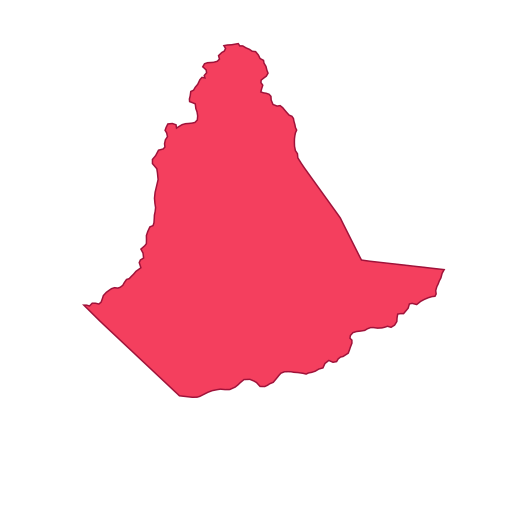 Hidrolândia, Ceará, Brazil, rotated 220°
{"feature_id": "56859067B78038881550930", "entity_name": "Hidrolândia", "entity_type": "district", "adm_level": 2, "iso_a3": "BRA", "parent_name": "Brazil", "parent_adm1": "Ceará", "projection": "mercator", "projection_center": [-40.387, -4.435], "detail": "fine", "context": "isolated", "style": "filled", "palette": "rose", "viewbox_px": 512, "rotation_deg": 220, "n_neighbors": 0, "source": "geoboundaries", "source_scale": "gbopen_adm2", "svg_char_len": 3137}
<svg xmlns="http://www.w3.org/2000/svg" viewBox="0 0 512 512"><g transform="rotate(220 256 256)"><path d="M400.5,290.5L400.1,286.8L398.2,283.2L395.8,280.9L395.9,278.3L398.7,274.4L397.4,268.4L397.4,263.4L394.7,260.2L388.1,259.1L385.0,256.4L380.1,251.6L374.2,239.9L370.9,235.0L367.3,231.4L364.0,228.5L361.8,225.2L360.1,222.0L358.1,219.4L355.6,216.0L354.4,213.1L356.0,210.1L354.7,205.3L353.1,201.2L350.4,198.1L347.9,195.0L347.8,192.3L348.6,187.3L344.4,185.6L340.8,182.2L342.0,178.6L341.2,175.9L338.8,174.4L336.6,173.0L337.3,170.2L338.1,167.1L338.1,163.3L338.4,160.3L338.6,157.1L340.1,154.8L339.8,151.1L339.2,147.9L339.9,144.8L341.2,142.6L344.0,140.8L345.7,138.1L346.4,135.6L347.3,132.0L347.5,127.6L346.2,124.4L345.0,121.1L345.5,118.2L348.5,116.7L351.1,114.6L351.4,110.7L354.3,109.4L356.3,107.7L333.5,105.8L224.8,99.7L213.9,106.9L210.3,110.1L208.8,112.4L205.3,120.6L203.0,124.7L199.8,128.7L197.7,131.1L193.8,133.8L190.3,136.8L189.0,139.5L187.7,142.2L187.0,145.7L186.7,148.6L185.8,153.6L181.4,157.6L177.2,158.9L174.3,159.4L169.0,158.7L165.4,161.6L164.1,164.4L163.4,166.9L161.6,170.3L161.6,175.0L161.7,179.1L161.6,182.2L159.8,185.6L157.0,188.1L154.7,189.9L152.2,191.3L148.9,193.7L144.7,196.3L141.7,197.8L140.6,200.2L138.6,202.6L136.6,205.8L135.2,209.8L132.8,213.3L134.1,218.0L133.1,222.8L128.7,224.1L126.4,226.9L126.9,230.0L126.3,232.9L124.7,235.0L123.9,237.6L122.9,240.8L123.9,243.8L125.1,246.8L126.5,250.9L128.5,253.2L131.2,253.4L132.6,255.8L132.5,259.6L130.5,262.7L127.4,266.0L124.9,268.9L123.9,271.8L122.3,274.7L120.0,276.7L116.5,278.9L113.3,281.9L111.6,284.2L110.1,286.7L106.7,288.2L105.4,292.1L106.0,296.3L108.2,299.3L110.1,302.6L108.4,304.6L105.9,306.7L105.9,309.7L105.9,313.8L107.7,317.9L105.9,320.1L101.7,322.1L100.7,327.1L99.2,330.9L97.2,334.8L95.1,338.0L93.0,340.2L93.6,342.7L96.1,345.0L97.8,348.8L98.5,351.7L99.6,354.8L100.3,358.1L102.3,362.4L103.1,366.5L165.7,325.0L172.6,320.7L175.6,321.9L210.4,336.9L215.8,339.3L218.4,340.0L275.4,354.5L280.7,356.0L287.1,358.1L290.0,361.0L293.5,362.0L297.0,364.8L299.6,367.7L301.8,370.4L303.5,373.0L305.0,375.8L305.8,378.6L308.3,379.7L310.5,381.5L313.7,383.7L315.7,385.4L318.3,386.1L321.2,385.2L324.8,385.7L328.3,386.3L330.9,386.8L334.2,386.7L336.2,384.4L340.4,383.0L344.6,385.2L347.2,387.9L350.0,388.3L352.8,387.2L355.1,385.8L357.8,384.8L359.2,387.8L360.6,391.2L363.7,392.0L365.1,394.1L364.5,397.1L363.7,400.4L364.3,403.8L366.9,405.2L370.2,407.6L373.9,408.9L376.0,410.7L379.8,409.9L383.4,411.5L387.7,412.3L390.5,410.4L393.8,410.1L397.5,409.0L401.2,408.4L403.5,406.5L406.1,407.3L410.6,402.0L413.5,399.3L415.8,396.5L412.7,395.4L412.0,392.6L413.0,389.9L413.5,385.4L410.6,383.4L410.8,380.3L413.0,377.1L417.4,372.9L419.0,370.2L418.4,366.7L413.8,366.5L411.6,364.6L411.7,361.0L409.6,359.6L412.2,358.1L412.3,355.0L411.0,350.1L411.0,346.1L410.4,342.9L411.7,340.1L409.3,336.3L407.9,333.4L406.1,331.6L403.0,332.7L400.3,333.5L396.9,330.3L393.8,328.5L390.7,325.8L388.4,322.5L388.6,319.1L390.4,316.7L392.7,314.3L395.0,312.1L397.0,309.2L398.0,306.4L399.1,302.9L401.6,305.1L405.3,303.7L408.4,300.5L407.5,296.7L406.4,293.8L403.6,292.9L400.5,290.5Z" fill="#f43f5e" stroke="#9f1239" stroke-width="1.5"/></g></svg>